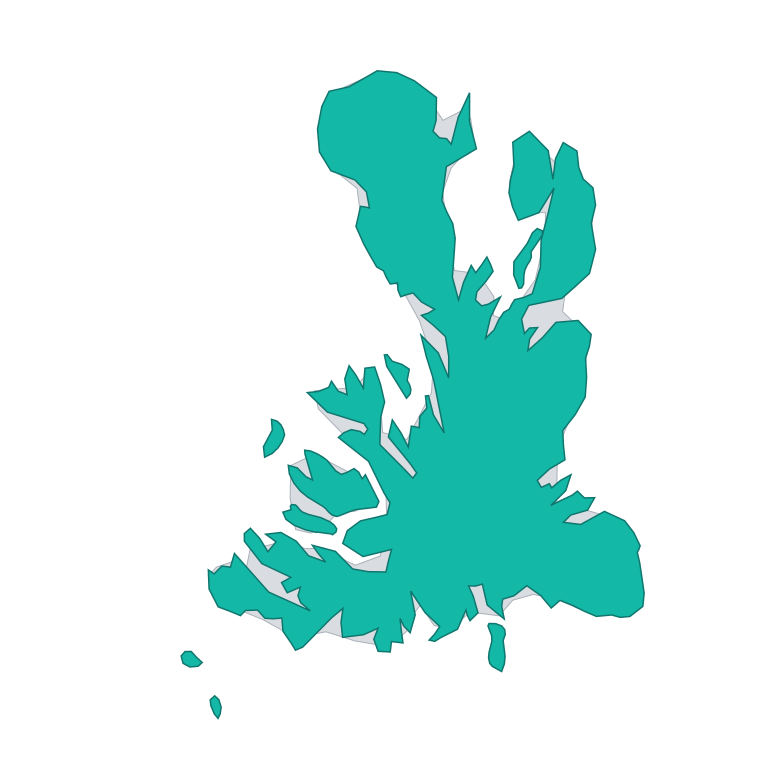 where Archipel des Kerguelen sits in French Southern and Antarctic Lands, rotated 263°
{"feature_id": "ATF-5916", "entity_name": "Archipel des Kerguelen", "entity_type": "state/province", "adm_level": 1, "iso_a3": "ATF", "parent_name": "French Southern and Antarctic Lands", "parent_adm1": "", "projection": "equal_earth", "projection_center": [69.4, -49.144], "detail": "fine", "context": "in_parent", "style": "filled", "palette": "teal", "viewbox_px": 768, "rotation_deg": 263, "n_neighbors": 0, "source": "natural_earth", "source_scale": "10m", "svg_char_len": 6827}
<svg xmlns="http://www.w3.org/2000/svg" viewBox="0 0 768 768"><g transform="rotate(263 384 384)"><path d="M256.0,370.8L281.6,373.2L297.2,369.4L367.4,315.8L385.8,314.4L384.0,355.5L402.0,374.0L379.2,378.7L336.0,376.7L326.0,400.1L369.7,430.1L391.4,434.2L409.1,433.8L442.2,427.0L468.8,416.3L510.0,391.2L534.7,381.5L581.4,381.1L605.9,357.3L617.2,350.1L644.5,351.1L669.3,360.4L683.9,381.9L691.6,408.1L685.5,434.1L668.8,459.3L638.5,474.7L645.3,493.0L637.2,502.3L622.0,502.8L609.1,498.6L590.3,477.1L567.5,465.5L512.7,466.3L488.1,467.7L483.7,484.2L470.7,496.9L457.1,503.8L438.6,500.8L435.2,507.8L445.0,525.0L468.9,546.8L510.2,562.0L534.4,565.1L537.9,536.2L567.2,532.8L593.1,541.4L611.8,562.8L596.4,569.7L582.9,581.1L580.0,595.7L553.6,611.6L538.1,613.3L488.7,605.5L459.3,587.6L452.3,574.9L434.2,570.1L413.7,586.5L391.8,590.0L349.0,576.5L309.5,554.6L284.7,546.3L246.2,541.0L225.0,590.8L195.6,611.8L157.6,613.8L139.2,609.6L129.0,590.1L131.6,569.3L137.7,549.3L149.6,528.9L157.0,506.5L153.7,485.4L139.9,469.9L147.1,442.1L133.5,420.3L138.1,404.3L160.2,393.3L150.8,383.7L139.0,381.1L130.5,368.4L123.9,353.0L132.4,324.1L145.1,296.2L143.5,264.6L165.1,234.8L183.6,201.5L197.6,188.1L215.1,186.2L222.7,195.5L226.5,213.7L219.7,225.5L236.0,230.9L240.4,269.7L230.2,285.5L228.7,300.8L207.6,333.4L213.8,359.6L256.0,370.8ZM287.0,350.2L267.4,353.4L261.3,340.2L262.0,322.7L251.1,308.8L244.9,293.3L250.3,278.6L281.9,276.9L314.5,281.6L322.8,306.4L299.4,340.2L287.0,350.2Z" fill="#d9dde1" stroke="#a8b0b8" stroke-width="1"/><path d="M689.5,400.7L695.7,415.4L691.5,434.6L681.2,451.1L662.0,471.0L639.2,467.8L628.9,463.5L621.5,469.1L619.9,476.0L613.7,479.9L639.7,490.2L662.6,504.4L633.9,500.9L606.2,504.4L592.1,472.4L559.3,463.8L547.0,467.3L534.7,471.8L520.0,472.4L505.3,469.6L481.6,464.9L458.4,468.2L475.1,475.3L491.1,485.0L487.1,486.8L483.2,488.6L490.2,495.3L497.5,501.6L489.8,504.3L482.5,506.0L473.2,497.4L464.2,487.4L456.2,485.1L449.7,490.4L450.5,497.2L456.2,510.2L437.4,497.9L417.0,490.4L424.2,499.8L433.6,505.6L440.5,511.5L443.0,517.5L447.6,520.5L451.8,524.0L452.9,533.6L455.6,542.2L480.6,553.4L507.5,557.5L532.5,567.3L557.8,576.6L535.2,558.7L530.1,537.3L544.0,533.2L558.5,531.3L571.7,534.5L584.3,539.5L608.3,541.3L617.1,559.1L595.7,575.4L566.6,576.6L586.7,581.7L601.8,591.3L591.7,603.9L575.2,603.7L563.0,606.8L553.3,615.3L535.8,615.8L518.3,609.3L491.8,610.4L468.7,601.4L457.6,585.9L447.3,570.9L445.8,553.9L444.4,537.2L431.7,528.5L417.0,529.5L421.8,535.2L421.3,543.3L411.0,534.1L399.6,530.9L410.7,547.0L424.2,562.1L423.4,584.4L408.0,595.7L396.2,592.4L385.3,587.2L365.9,585.9L346.5,582.1L330.4,570.1L316.0,555.7L300.9,554.6L286.7,554.4L279.5,537.9L269.7,524.4L262.2,527.5L264.9,536.0L262.7,536.9L260.5,537.8L266.8,547.5L271.2,558.5L256.0,551.4L243.2,534.8L247.0,545.9L250.7,557.2L254.1,562.9L246.5,569.0L245.5,579.2L234.0,570.7L231.2,553.4L224.8,545.3L220.6,562.1L230.7,587.3L218.9,606.2L206.0,613.8L192.2,618.5L188.7,616.8L186.1,614.9L181.1,615.4L175.2,616.0L159.8,616.4L144.6,616.7L131.7,613.8L123.3,599.7L123.6,590.1L127.0,581.8L127.5,566.4L134.0,555.2L141.9,543.2L147.8,532.3L141.3,522.7L154.9,513.8L166.4,501.2L158.0,487.3L156.0,475.6L148.9,473.7L136.1,474.7L152.1,459.5L173.4,457.2L172.3,450.2L173.3,443.3L163.1,446.6L145.4,449.4L138.6,440.5L144.1,438.6L149.7,437.8L131.6,427.0L125.5,409.8L122.4,403.0L124.3,397.6L129.3,403.5L136.5,409.8L152.1,396.9L175.3,385.2L151.0,386.8L134.0,379.6L141.3,374.2L149.4,371.3L137.0,371.1L124.7,371.3L126.1,365.6L127.4,360.0L117.3,357.5L119.4,345.6L131.9,342.8L142.3,348.3L137.6,333.0L137.6,312.0L152.7,312.3L166.3,315.9L158.5,303.7L149.4,292.2L140.6,281.1L132.7,271.1L130.6,263.7L138.1,260.3L151.0,253.6L164.1,254.1L164.5,245.3L166.0,237.2L175.0,231.0L176.1,218.8L171.6,213.3L177.2,203.4L183.0,192.3L201.8,185.4L220.9,187.0L216.2,192.2L223.1,200.9L220.9,209.3L234.0,214.9L191.5,244.2L167.8,283.1L172.5,279.0L177.0,274.7L184.4,272.8L192.6,276.3L188.6,262.5L199.4,258.1L203.5,268.0L220.6,240.9L244.9,226.3L252.5,227.1L257.1,233.8L245.9,241.8L231.7,248.3L240.5,257.6L249.3,248.3L249.2,263.6L238.7,277.7L222.7,288.2L214.4,304.4L223.3,298.3L232.6,293.3L223.8,315.4L204.2,330.4L199.6,345.6L197.2,363.0L208.2,367.0L218.9,371.3L215.3,342.2L230.8,323.6L242.9,329.7L251.0,344.0L252.5,358.6L254.0,371.2L265.5,375.5L275.7,370.8L309.2,359.2L336.5,332.2L340.6,338.4L342.7,346.0L339.9,354.3L336.4,358.3L341.1,362.4L347.2,359.3L363.0,324.4L384.8,306.9L384.6,318.0L387.4,328.7L393.2,332.2L382.4,337.7L377.9,346.1L393.8,345.7L406.4,351.6L396.4,357.1L382.3,363.0L402.0,367.0L402.0,376.8L383.9,380.5L366.0,382.4L358.8,379.5L351.4,376.7L324.4,372.5L305.3,387.3L296.5,394.1L287.1,401.1L291.7,405.6L300.3,401.1L309.1,395.7L330.8,381.9L347.4,387.9L333.1,395.0L318.4,400.4L338.9,406.0L336.4,413.6L347.4,415.6L354.9,423.6L367.1,423.7L367.1,425.3L367.1,426.7L347.3,429.3L328.0,437.8L355.0,435.8L381.9,433.8L405.9,429.4L428.0,426.7L408.2,441.7L382.2,448.9L403.5,451.6L423.6,450.8L435.9,440.5L447.6,429.5L449.0,436.8L452.0,443.3L460.8,431.3L470.8,423.9L469.8,416.9L468.6,411.2L475.4,409.3L482.6,409.8L482.5,402.4L489.1,399.5L496.4,397.3L501.1,391.0L512.9,386.0L525.3,381.0L543.8,375.4L563.2,382.4L562.0,386.8L560.6,391.0L576.8,390.0L590.0,380.1L602.1,357.3L622.2,348.2L645.1,349.1L667.0,356.1L681.2,365.2L683.2,385.2L689.5,400.7ZM258.3,320.8L260.4,316.4L263.6,313.5L267.2,311.1L270.1,308.3L281.1,294.4L287.8,288.0L296.6,282.5L306.3,279.1L315.0,279.1L311.3,287.7L301.4,295.3L297.4,301.4L323.7,297.1L328.0,297.2L326.4,303.1L322.6,309.5L318.3,315.0L315.0,318.3L303.8,325.4L299.5,330.5L300.7,336.3L303.7,344.0L299.6,348.1L292.6,350.8L296.2,354.5L268.0,364.6L262.7,361.5L262.7,340.5L261.7,335.2L258.7,323.7L258.3,320.8ZM269.1,268.0L270.6,276.5L274.1,276.1L275.6,277.7L274.7,281.5L272.4,283.3L269.6,284.9L266.8,287.5L263.7,293.2L259.0,305.2L253.7,313.7L250.0,317.4L246.0,319.4L242.9,318.3L240.7,314.5L241.6,313.3L245.3,299.1L245.0,298.6L248.9,288.2L254.6,277.8L261.6,270.2L269.1,268.0ZM132.5,465.7L129.6,471.2L125.5,473.9L120.5,473.8L114.9,471.0L98.9,471.0L91.4,469.3L84.3,465.7L90.4,457.2L93.8,454.9L99.4,454.4L105.0,455.6L115.5,459.7L121.1,460.2L131.2,457.7L133.5,459.1L132.5,465.7ZM497.3,546.1L491.9,545.7L488.2,543.7L484.7,540.7L480.1,537.8L475.1,536.2L466.4,534.8L462.6,532.3L462.6,529.5L476.5,526.0L489.5,527.8L506.0,543.3L516.0,549.8L519.6,555.0L516.7,559.9L512.3,559.2L497.3,546.1ZM384.7,407.4L380.0,409.3L375.3,410.0L370.9,408.7L367.1,404.6L401.2,388.9L412.8,387.9L412.8,390.7L405.6,394.9L401.3,404.1L395.6,410.9L384.7,407.4ZM345.5,279.1L339.3,275.9L333.5,271.0L328.8,264.7L325.9,256.6L336.4,256.7L351.8,267.5L362.6,268.0L360.2,273.3L356.1,276.7L351.1,278.5L345.5,279.1ZM135.6,164.6L129.7,169.6L126.5,165.1L126.8,156.8L131.3,150.5L138.8,149.5L142.7,153.9L142.0,160.1L135.6,164.6ZM91.7,173.0L95.1,178.0L90.8,181.6L83.2,183.0L76.5,181.2L72.3,178.5L77.4,175.3L85.8,173.0L91.7,173.0Z" fill="#14b8a6" stroke="#0f766e" stroke-width="1.5"/></g></svg>